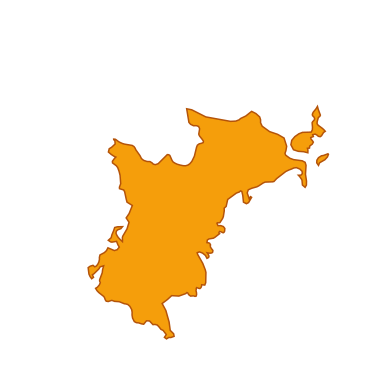 outline of Yamaguchi, rotated 303°
{"feature_id": "JPN-1826", "entity_name": "Yamaguchi", "entity_type": "Prefecture", "adm_level": 1, "iso_a3": "JPN", "parent_name": "Japan", "parent_adm1": "", "projection": "robinson", "projection_center": [131.623, 34.219], "detail": "fine", "context": "isolated", "style": "filled", "palette": "amber", "viewbox_px": 384, "rotation_deg": 303, "n_neighbors": 0, "source": "natural_earth", "source_scale": "10m", "svg_char_len": 4757}
<svg xmlns="http://www.w3.org/2000/svg" viewBox="0 0 384 384"><g transform="rotate(303 192 192)"><path d="M292.1,198.1L292.6,202.9L291.8,207.9L289.9,210.2L287.4,211.8L285.4,215.0L284.9,224.2L287.0,232.4L287.4,239.8L281.9,246.5L277.7,248.3L275.1,248.9L273.9,250.5L273.6,255.7L274.5,259.6L278.2,267.4L278.5,270.7L276.5,273.1L268.7,277.5L263.5,282.1L260.1,284.2L257.5,284.3L258.0,280.8L261.7,277.9L262.3,277.0L263.6,273.8L264.0,272.1L265.5,274.2L267.5,274.5L269.3,273.1L270.0,270.0L269.3,266.3L267.6,264.3L265.5,263.0L263.4,261.4L260.3,259.5L249.4,255.7L245.4,255.0L244.4,254.0L240.1,247.9L238.2,246.7L233.4,244.6L231.7,243.6L227.7,240.1L224.5,238.0L221.3,238.8L217.5,243.6L220.0,243.6L220.0,244.9L213.9,245.2L211.8,244.0L211.5,240.7L216.7,236.5L219.6,233.5L219.4,232.1L217.8,231.7L215.3,229.8L205.2,226.0L198.5,228.5L196.0,227.8L193.8,229.3L188.4,231.7L186.4,232.1L181.6,232.1L180.8,231.4L180.2,230.2L179.4,229.9L177.9,232.1L179.5,234.5L180.1,237.1L179.3,239.4L176.9,240.7L175.6,240.8L174.9,240.5L174.6,239.8L174.5,238.5L174.0,236.7L172.9,236.6L172.0,237.2L172.0,237.8L166.5,235.9L164.9,235.1L161.9,231.8L160.1,231.0L157.7,232.1L158.5,233.8L158.6,234.8L157.7,236.4L157.2,236.3L155.6,237.8L155.3,239.1L154.7,239.9L154.7,240.6L154.3,241.4L152.8,242.1L151.7,241.8L150.6,240.6L149.8,239.1L149.3,237.8L148.4,239.9L147.4,241.2L146.1,241.6L144.5,240.7L146.1,237.8L146.5,234.1L145.8,230.8L143.9,229.4L142.7,230.8L138.0,239.9L133.9,245.6L132.1,247.5L123.4,252.9L120.9,253.4L119.5,250.6L118.2,251.3L116.7,251.6L115.3,251.2L114.8,249.9L114.4,248.0L113.6,248.0L112.4,248.7L111.2,249.2L110.9,249.7L109.9,250.7L108.5,251.7L107.0,252.2L106.1,251.4L105.7,249.8L103.9,247.5L104.1,245.1L105.0,243.4L104.9,242.5L103.4,242.1L97.6,237.7L94.0,231.4L88.6,230.0L82.2,227.7L78.4,234.6L70.5,243.6L64.1,249.1L63.1,253.8L61.2,255.6L58.4,253.5L57.4,251.8L54.9,250.6L55.1,248.0L58.4,248.1L60.2,243.2L59.9,240.8L60.9,237.8L61.5,235.4L60.8,233.1L59.5,231.5L60.7,226.6L59.2,224.0L54.8,223.5L53.9,221.4L53.2,218.6L52.1,216.5L51.9,214.2L53.9,210.8L56.2,208.7L58.5,207.3L60.5,205.5L62.3,202.1L62.7,199.4L62.1,197.5L61.4,196.0L60.4,190.8L58.1,186.6L57.6,184.3L57.2,183.5L54.5,181.4L53.7,179.5L54.4,177.9L55.5,176.5L56.3,175.0L56.9,168.6L57.5,166.1L58.7,163.6L60.6,164.5L63.5,164.9L66.0,164.5L67.1,162.9L68.2,162.3L75.4,160.7L78.2,159.3L82.0,158.1L79.2,155.7L76.7,155.8L70.0,154.3L68.3,153.5L67.2,155.3L66.8,155.9L64.6,155.1L65.5,152.7L67.0,150.3L69.0,148.6L72.0,146.1L74.3,147.0L76.6,148.9L76.3,151.2L77.8,152.1L80.1,152.3L82.6,152.0L85.0,151.1L86.8,149.9L89.1,149.1L93.4,151.5L96.3,152.2L99.4,151.9L100.6,158.8L102.9,160.7L106.2,161.0L107.3,158.7L109.5,155.6L106.3,152.1L105.8,150.8L105.9,148.1L109.7,149.1L112.2,148.2L117.0,147.3L120.1,146.5L122.2,148.4L125.1,152.6L122.5,152.3L119.8,150.3L118.1,149.9L116.1,150.6L114.8,152.5L113.7,154.9L113.0,157.7L112.5,160.7L113.7,160.0L115.9,158.4L117.2,158.0L125.6,157.6L132.3,155.7L134.4,150.9L139.7,151.0L148.2,149.3L148.1,143.0L150.3,140.6L155.5,135.4L156.5,133.6L155.3,129.4L156.5,128.5L160.1,127.7L166.8,122.6L169.5,119.7L172.0,116.4L172.8,114.2L173.1,109.5L174.4,108.5L178.0,108.7L179.8,109.1L179.5,107.2L179.5,103.8L180.0,100.1L183.2,99.0L185.7,100.2L190.4,101.4L192.9,99.5L193.3,97.8L193.7,97.5L194.4,98.7L194.5,99.6L194.3,102.4L194.3,104.1L194.8,107.3L195.4,109.3L198.5,116.5L198.5,118.6L197.8,120.4L196.8,121.9L194.2,128.5L192.5,131.4L192.2,134.2L193.1,137.7L194.6,140.1L194.7,142.5L194.3,144.5L195.0,146.4L197.3,148.2L209.9,150.9L210.6,152.2L210.6,153.5L207.6,158.1L206.9,159.8L206.9,161.9L207.2,164.3L208.1,167.3L209.2,170.1L210.4,172.2L212.2,173.8L214.5,174.8L217.6,175.2L223.3,174.5L232.1,171.4L234.2,171.0L236.3,171.8L238.1,173.5L239.6,174.5L240.9,173.9L241.8,171.6L243.0,168.0L243.6,166.9L244.3,166.1L249.1,164.0L249.9,163.0L250.5,161.8L250.2,160.0L249.6,158.9L248.4,157.2L248.0,153.9L248.7,151.5L258.9,142.2L260.8,147.0L262.5,162.7L272.2,185.8L275.3,190.1L278.2,192.2L280.1,192.7L285.0,195.7L290.7,197.6L292.1,198.1ZM291.5,265.0L290.6,266.1L289.8,266.7L288.0,267.8L286.6,263.7L284.0,259.0L282.7,254.1L285.5,249.2L289.7,247.5L294.5,248.1L299.0,249.9L302.2,252.2L307.1,259.3L309.6,259.1L311.9,257.8L315.5,255.0L316.6,254.9L319.2,255.3L320.2,255.0L321.2,253.7L321.7,251.5L322.7,250.6L324.8,250.2L329.4,250.7L332.1,250.6L330.1,252.8L326.4,257.8L325.0,258.0L323.3,257.4L319.1,258.7L317.4,259.7L316.7,261.4L316.4,266.5L316.1,268.5L315.5,270.7L313.5,269.9L309.7,270.0L308.2,269.4L307.5,267.6L307.8,265.7L307.6,263.7L305.8,262.0L304.6,263.6L302.3,261.9L301.2,263.0L300.6,265.1L299.9,266.6L297.7,266.8L294.7,265.7L292.8,266.6L291.5,265.0ZM292.8,280.8L294.3,282.4L298.1,285.2L297.9,285.9L295.2,286.5L291.5,285.9L286.0,283.1L283.2,283.6L284.4,280.7L286.7,279.4L289.7,279.4L292.8,280.8Z" fill="#f59e0b" stroke="#b45309" stroke-width="1.5"/></g></svg>